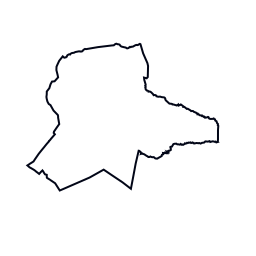 Villa Díaz Ordaz, Oaxaca, Mexico, rotated 21°
{"feature_id": "50627088B66246693607195", "entity_name": "Villa Díaz Ordaz", "entity_type": "district", "adm_level": 2, "iso_a3": "MEX", "parent_name": "Mexico", "parent_adm1": "Oaxaca", "projection": "albers", "projection_center": [-96.35, 17.054], "detail": "fine", "context": "isolated", "style": "outline", "palette": "ink", "viewbox_px": 256, "rotation_deg": 21, "n_neighbors": 0, "source": "geoboundaries", "source_scale": "gbopen_adm2", "svg_char_len": 4824}
<svg xmlns="http://www.w3.org/2000/svg" viewBox="0 0 256 256"><g transform="rotate(21 128 128)"><path d="M128.0,72.8L124.5,62.9L122.9,60.5L115.4,52.9L109.6,45.3L108.9,45.2L108.7,45.4L108.5,45.8L107.9,46.3L107.6,46.9L107.1,47.2L106.9,47.3L106.4,47.3L105.3,48.0L103.4,50.3L102.1,50.9L101.9,51.0L101.8,51.3L101.7,51.4L101.6,51.5L101.2,51.7L100.9,51.6L100.7,51.6L100.1,52.5L99.9,53.1L99.7,53.2L99.5,53.4L99.0,53.8L98.8,53.9L98.5,54.0L98.3,54.0L97.4,53.8L97.1,53.7L95.3,54.0L92.9,54.3L92.6,54.3L92.1,54.2L91.9,54.2L91.7,54.1L90.7,53.5L90.3,53.2L90.2,53.2L89.8,53.2L89.4,53.2L88.4,53.5L88.2,53.5L86.9,53.5L86.1,54.1L85.9,54.5L85.2,55.7L85.1,55.9L83.8,56.5L83.0,56.9L70.9,63.3L60.6,69.4L59.5,69.6L59.0,70.2L58.7,70.6L58.3,71.4L58.0,72.0L58.0,72.4L57.5,73.1L56.9,73.4L56.5,73.4L56.0,73.8L54.9,73.9L51.7,75.9L51.2,76.4L50.6,77.1L48.8,78.1L48.0,79.0L47.6,79.5L47.6,80.1L46.5,80.4L45.4,81.7L45.2,82.8L45.3,83.3L44.8,83.9L44.7,84.3L43.3,85.2L41.4,84.5L39.7,89.9L39.4,94.0L39.3,96.4L40.4,99.6L43.2,103.6L44.6,105.8L42.7,110.7L40.4,111.9L40.0,115.0L40.3,119.0L39.1,123.0L40.1,125.8L40.7,128.2L41.6,129.8L43.3,132.2L45.3,133.9L45.5,134.0L47.4,134.4L52.2,138.4L57.8,141.0L58.5,142.0L59.0,143.3L62.4,149.0L61.4,152.8L60.2,157.9L60.4,159.2L62.0,160.1L61.2,162.3L59.9,165.9L59.8,166.3L59.5,167.3L59.2,167.9L59.0,168.8L58.9,168.8L58.9,169.0L58.1,171.3L57.9,171.7L57.8,172.1L57.0,174.5L56.9,174.9L56.3,176.7L55.4,179.4L54.5,182.2L53.9,184.1L52.4,190.3L51.8,193.1L50.4,195.0L49.1,196.7L48.6,197.5L47.5,199.0L50.2,200.0L50.9,200.1L52.6,200.3L53.0,200.4L53.3,200.5L53.7,200.5L55.3,200.8L56.8,201.2L57.8,201.6L59.2,202.0L59.3,202.0L61.5,202.7L62.4,200.3L63.3,198.4L63.4,198.5L63.5,198.5L63.8,198.5L65.1,199.5L65.4,199.8L67.1,201.0L68.9,200.8L69.9,203.2L70.3,203.6L72.4,204.0L79.8,205.7L86.7,210.8L90.4,207.2L97.2,200.5L109.9,188.0L120.2,175.6L128.8,177.6L142.4,180.7L152.5,183.7L150.2,170.9L147.9,158.4L146.1,145.4L146.5,145.3L146.9,145.4L147.1,145.7L147.3,145.8L147.6,145.7L148.0,145.7L148.3,145.8L148.5,146.0L148.7,146.3L148.9,146.6L149.1,146.6L149.3,146.7L149.4,147.0L149.4,147.3L150.1,146.6L150.3,146.6L150.5,147.0L150.8,146.9L150.6,146.7L151.7,146.8L152.4,146.7L153.0,146.8L155.1,147.3L155.6,147.4L156.4,147.4L156.7,147.6L157.1,147.7L157.4,147.8L157.7,147.7L158.4,147.4L158.9,146.8L159.1,146.6L159.5,146.7L161.0,146.6L161.5,146.4L162.4,146.0L162.7,146.0L164.3,146.6L164.5,146.6L166.1,146.2L166.5,145.9L167.0,145.1L167.2,144.9L167.9,144.1L168.8,143.0L169.2,142.5L169.5,142.1L169.4,141.8L169.3,141.3L169.3,140.9L169.7,140.4L169.8,140.1L170.1,139.7L170.3,139.7L170.3,139.4L170.1,139.3L169.9,139.0L170.1,139.0L170.5,138.9L171.1,138.6L170.9,138.6L170.7,138.4L171.0,138.3L171.1,138.1L171.2,137.7L171.3,137.7L171.5,137.9L172.0,138.0L172.2,137.9L172.1,137.7L172.6,137.7L172.6,137.3L172.9,137.2L173.1,137.3L173.1,137.1L173.3,137.2L173.5,137.0L173.3,136.8L173.7,136.9L173.6,136.6L173.8,136.7L174.0,136.6L174.0,136.4L174.2,136.5L174.2,136.2L174.3,136.1L174.5,136.1L174.4,135.9L174.3,135.7L174.2,135.4L173.9,135.3L173.9,135.2L173.8,134.9L174.0,134.7L174.3,134.7L175.2,134.0L175.3,133.8L175.8,133.2L175.5,132.1L174.6,131.1L174.4,130.4L175.7,129.6L176.1,127.1L176.2,126.7L176.5,126.5L177.2,126.0L177.9,125.7L178.7,125.3L179.8,125.6L181.2,125.1L181.9,125.1L182.5,124.9L182.9,124.0L184.4,124.4L184.8,123.9L185.3,123.9L185.7,123.8L186.1,123.1L186.7,122.5L186.7,121.9L187.4,121.9L188.3,121.3L188.4,120.7L189.5,120.4L189.9,119.8L190.9,119.6L191.6,119.0L192.3,119.4L193.2,118.8L193.5,118.4L194.0,118.6L194.5,118.4L194.8,118.8L195.7,118.6L197.2,117.5L199.4,116.9L199.8,116.5L201.4,116.5L202.2,115.6L202.3,115.4L204.3,114.3L205.0,112.8L205.4,112.7L206.6,112.3L207.2,112.2L208.2,111.6L208.6,111.1L208.9,111.0L209.8,111.6L211.6,110.2L212.7,109.9L214.1,109.8L214.6,109.3L214.9,109.4L215.6,109.8L216.9,108.8L216.7,108.7L216.2,106.7L212.8,97.8L211.5,93.6L210.8,93.2L210.6,92.1L209.3,91.4L208.2,90.0L206.9,89.8L206.4,89.3L206.2,88.8L205.1,88.7L204.6,88.4L204.1,89.0L201.5,90.1L200.2,90.0L199.2,89.0L198.7,89.0L198.1,89.7L196.2,90.8L195.6,90.6L195.5,90.1L194.8,90.0L194.5,90.4L193.7,90.1L192.9,90.4L192.4,89.8L192.0,90.1L190.1,90.4L188.9,89.8L188.0,90.3L187.6,89.5L186.7,89.7L186.1,89.3L183.7,89.3L182.8,88.9L181.8,89.1L180.9,89.6L180.1,89.2L176.8,88.6L176.1,89.1L173.1,88.1L172.0,88.5L171.8,87.9L168.9,87.1L168.5,87.8L168.0,87.9L167.4,88.8L166.6,88.1L166.4,88.8L165.8,88.8L165.5,89.5L162.7,89.7L161.9,89.8L161.1,90.1L160.8,89.8L160.0,89.8L157.9,90.4L153.3,88.6L152.5,87.8L152.4,87.4L151.5,86.6L150.7,86.5L148.4,87.1L146.7,87.2L145.0,88.0L143.2,88.2L142.7,87.6L141.3,87.5L140.2,88.2L139.2,87.4L136.7,86.3L135.3,86.1L134.1,86.7L133.8,86.3L132.7,86.1L132.1,86.3L130.7,85.6L130.1,84.6L129.6,83.9L129.8,83.3L129.3,82.8L128.9,82.3L129.0,82.1L129.1,81.6L128.9,81.1L126.0,77.3L124.9,75.2L127.6,74.9L128.2,73.3L128.0,72.8Z" fill="none" stroke="#020617" stroke-width="2"/></g></svg>